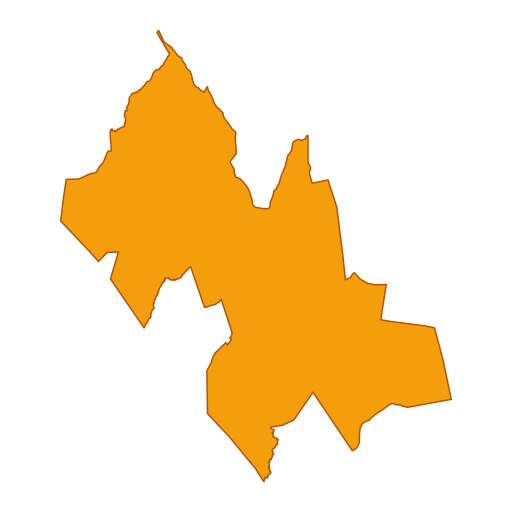 Ndola, Copperbelt, Zambia
{"feature_id": "96606910B76631115886164", "entity_name": "Ndola", "entity_type": "district", "adm_level": 2, "iso_a3": "ZMB", "parent_name": "Zambia", "parent_adm1": "Copperbelt", "projection": "natural_earth1", "projection_center": [28.528, -12.946], "detail": "fine", "context": "isolated", "style": "filled", "palette": "amber", "viewbox_px": 512, "rotation_deg": 0, "n_neighbors": 0, "source": "geoboundaries", "source_scale": "gbopen_adm2", "svg_char_len": 6041}
<svg xmlns="http://www.w3.org/2000/svg" viewBox="0 0 512 512"><path d="M60.7,221.0L90.0,252.0L98.4,261.5L107.3,252.4L118.4,252.0L110.5,279.0L144.0,327.8L144.5,327.4L146.2,323.4L147.3,322.8L147.7,321.8L148.0,320.4L148.9,318.8L149.7,318.5L150.1,317.6L150.8,317.0L150.7,316.3L151.0,315.5L150.9,315.1L150.5,314.8L150.6,314.0L151.3,313.1L152.0,310.5L152.8,309.3L153.4,309.3L153.7,309.1L154.1,307.6L153.4,305.5L153.4,304.2L153.9,303.6L153.4,303.4L153.4,302.8L154.0,302.2L154.3,300.9L154.7,300.6L155.1,299.8L155.0,298.8L155.4,298.5L155.4,297.8L156.3,296.5L156.3,296.1L156.8,295.8L157.0,294.7L157.6,294.7L158.2,293.0L157.9,292.6L158.0,292.1L157.9,291.9L158.0,291.4L158.8,290.8L159.0,289.4L159.4,288.9L159.4,288.4L160.0,287.1L161.1,286.4L161.4,284.8L162.2,283.8L162.3,283.2L163.0,282.7L163.1,282.3L164.0,281.9L164.1,281.5L163.5,281.3L163.8,280.8L165.0,280.2L165.4,279.6L165.2,279.2L164.5,279.4L164.4,279.1L164.5,278.6L165.1,278.7L165.5,278.2L166.4,278.2L167.4,277.8L167.6,278.1L168.3,278.2L168.7,277.8L169.0,278.0L168.9,278.8L170.5,279.9L172.1,279.5L172.4,279.5L172.3,279.9L173.0,279.8L173.2,280.2L173.8,280.3L174.2,279.7L174.5,280.3L175.2,279.9L175.3,279.4L177.1,279.5L177.4,278.7L178.8,278.6L180.9,277.4L180.9,277.0L182.0,276.2L182.2,275.0L182.9,274.3L183.8,273.8L185.2,271.7L186.2,271.0L186.5,270.3L187.6,269.8L188.3,268.6L190.3,267.1L190.7,266.9L204.5,307.3L205.9,307.2L210.9,305.5L213.4,304.8L214.6,304.8L215.6,304.4L216.0,303.9L217.6,302.8L219.2,302.0L220.4,300.0L221.2,299.3L231.9,332.1L231.9,334.5L231.7,335.1L229.9,338.1L231.5,339.3L227.4,344.8L225.9,342.6L217.9,350.4L215.5,352.5L212.8,357.3L211.7,360.8L211.4,362.4L206.9,370.6L207.5,413.6L228.9,436.3L246.5,457.8L253.7,466.2L255.7,468.8L263.5,481.3L264.3,481.1L264.2,480.6L264.4,480.3L264.3,479.9L264.4,478.2L265.0,477.6L265.4,478.1L266.0,477.4L266.3,477.4L266.4,477.7L267.3,477.8L267.6,477.3L267.5,476.9L267.9,476.7L267.7,476.0L268.2,475.6L268.5,475.0L269.0,474.6L269.2,473.8L270.0,473.7L270.4,472.9L270.9,472.7L270.5,471.3L269.7,471.2L269.7,469.6L269.2,469.2L269.4,468.7L268.9,468.6L268.6,467.7L268.9,467.0L269.4,467.3L269.5,467.0L269.0,466.7L269.1,465.9L269.4,465.5L269.4,465.1L268.5,462.8L269.1,462.7L269.4,461.9L269.4,461.3L269.7,461.4L270.0,461.0L269.8,459.6L270.6,459.6L270.7,458.9L271.3,459.2L271.4,458.4L272.3,457.0L272.2,455.7L272.8,454.9L272.5,454.6L272.6,454.3L273.1,454.1L273.6,454.3L273.6,453.9L272.8,452.5L272.8,451.9L272.4,451.7L272.3,450.9L272.6,450.3L272.4,449.6L272.8,448.7L274.0,448.4L274.6,448.0L275.0,447.4L274.9,446.4L275.6,446.3L276.1,444.9L277.6,444.4L277.2,443.6L277.2,442.7L277.8,441.7L277.6,440.5L278.0,439.9L278.0,439.2L277.2,439.3L276.9,438.3L275.7,438.3L274.9,437.9L274.4,437.1L273.4,436.8L272.6,435.0L272.7,434.3L273.0,434.4L273.2,433.8L272.9,433.1L272.3,432.6L272.6,432.3L272.9,432.6L273.0,432.3L273.4,432.2L273.5,431.4L274.0,430.8L274.0,430.1L273.2,429.4L272.6,429.3L271.2,428.4L270.8,428.0L270.7,427.0L282.2,425.4L293.7,420.1L313.0,392.3L352.3,450.7L354.3,449.8L354.6,449.2L355.8,448.7L356.9,447.7L359.1,443.4L359.4,441.2L359.6,432.7L360.2,428.0L362.2,424.1L362.9,423.2L365.4,421.6L366.6,421.0L368.3,420.6L369.7,419.8L371.1,417.7L373.8,415.9L374.1,415.5L377.6,412.9L381.7,410.3L390.2,404.1L392.0,403.6L394.8,404.1L397.6,405.0L400.8,404.9L402.6,406.4L404.5,406.3L406.3,407.1L407.6,407.3L451.3,399.3L443.1,360.3L434.5,327.9L425.1,325.9L390.9,321.5L381.1,319.8L381.7,313.4L386.3,284.5L375.0,284.8L367.4,283.3L360.2,279.1L354.4,272.7L352.6,274.1L351.3,275.8L351.0,277.0L350.1,277.7L348.6,278.5L346.1,279.2L345.4,279.6L342.9,256.1L336.8,207.1L328.0,180.0L312.1,183.2L309.3,173.3L309.4,172.1L310.7,168.4L310.6,167.3L308.0,162.5L308.0,135.6L306.3,136.2L305.8,137.6L305.0,139.0L302.1,140.4L301.1,140.3L298.6,139.3L296.0,140.3L293.7,141.7L293.1,142.4L292.0,146.8L292.0,148.9L291.4,150.4L289.7,153.4L287.6,156.0L285.1,166.8L281.5,174.9L279.0,183.4L276.6,187.8L276.1,189.1L274.4,190.4L273.9,191.2L272.8,196.2L271.7,199.0L270.3,201.8L270.0,206.6L268.9,208.2L267.5,208.7L262.8,208.6L255.8,207.3L254.4,206.5L253.3,205.7L252.7,204.6L252.1,200.1L249.2,190.5L246.2,185.5L240.5,179.1L238.8,178.0L235.8,177.2L235.2,175.9L234.2,172.1L234.2,169.9L234.0,169.1L231.5,164.8L230.1,161.9L230.7,160.6L234.1,156.5L234.9,155.2L235.8,154.5L236.2,153.0L236.2,149.3L235.9,145.5L235.6,144.4L235.4,140.0L235.4,135.8L235.8,134.3L235.8,132.4L232.2,129.1L228.1,123.1L224.4,118.3L223.6,116.6L223.1,115.0L222.9,112.7L217.2,107.4L215.6,105.6L213.8,102.1L213.0,99.2L209.8,92.9L208.1,90.1L207.5,86.9L207.2,86.7L206.4,88.4L204.0,92.2L200.5,90.2L198.9,88.2L196.4,86.8L194.8,85.4L193.9,84.0L193.1,82.0L192.5,79.9L191.9,76.5L191.0,73.7L190.1,71.4L186.4,68.0L185.2,64.4L182.6,60.9L181.7,58.1L179.9,56.8L178.3,56.1L177.4,55.2L174.3,50.9L172.6,49.1L171.5,47.3L165.0,42.8L163.7,41.2L158.7,30.7L156.8,32.3L169.5,54.0L168.7,55.7L167.7,56.6L167.0,58.4L165.8,59.8L165.0,61.5L163.8,62.9L163.4,64.8L162.0,65.6L161.7,66.2L161.0,66.4L160.6,67.6L160.3,67.6L159.3,69.1L155.9,70.0L155.1,70.6L154.4,71.9L153.9,72.0L152.8,73.9L152.6,75.0L151.1,78.6L149.7,80.9L148.9,81.3L147.1,81.4L146.4,82.8L145.0,84.2L144.7,85.2L143.7,86.1L143.5,86.5L142.7,87.0L142.3,87.7L140.8,89.1L139.8,89.7L139.3,90.8L138.0,91.0L137.1,91.7L136.8,92.4L135.6,92.2L135.4,92.6L133.9,93.1L132.9,93.0L131.2,94.7L130.6,96.2L129.6,97.3L129.1,98.7L129.0,99.7L129.4,101.7L128.7,102.4L128.7,103.7L128.4,104.6L127.7,105.3L126.7,107.5L127.0,110.5L126.8,110.9L125.4,110.6L125.1,111.0L125.1,112.4L124.7,113.2L124.7,114.0L124.4,114.7L124.4,115.9L125.6,117.9L125.3,120.9L125.4,122.3L124.9,122.6L124.6,123.3L125.1,123.9L125.1,124.4L124.4,125.0L124.4,125.8L124.0,126.5L123.0,126.5L122.7,127.2L122.2,127.4L120.0,128.0L119.9,128.3L119.1,128.7L118.8,129.2L117.8,129.1L117.4,129.9L115.8,130.7L115.8,131.5L115.1,131.9L113.8,130.3L112.5,130.8L112.2,130.7L112.2,129.1L111.9,129.1L111.2,129.8L110.8,129.7L110.2,131.5L110.2,136.3L111.3,148.5L111.0,151.0L108.3,151.0L106.6,154.0L103.4,162.1L99.4,166.7L96.5,171.7L95.7,172.5L95.0,172.9L93.4,173.0L89.2,174.2L80.6,178.2L78.1,179.1L66.3,179.3L63.6,196.9L60.7,221.0Z" fill="#f59e0b" stroke="#b45309" stroke-width="1.5"/></svg>